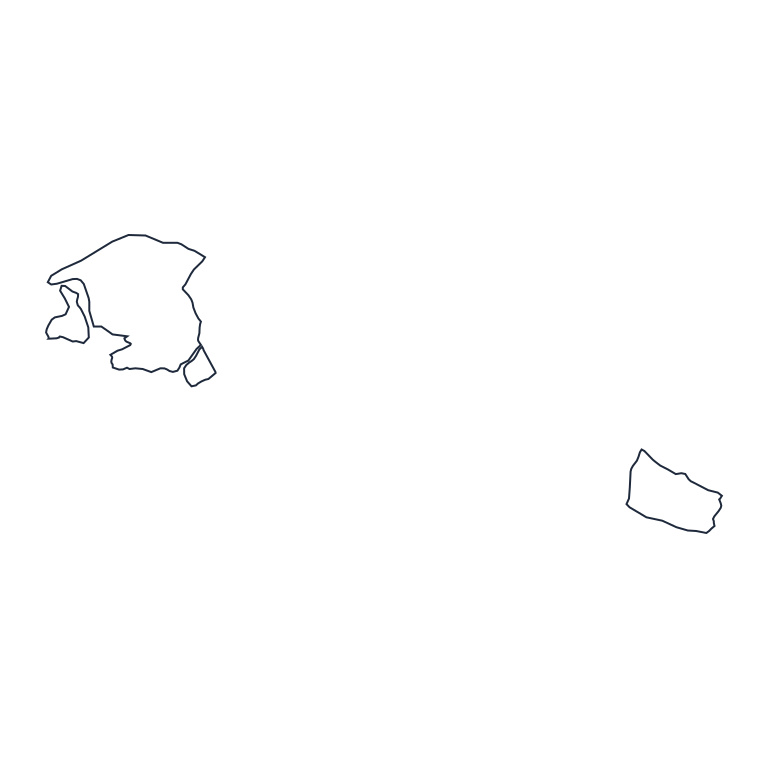 the Region of Hovedstaden
{"feature_id": "DNK-3419", "entity_name": "Hovedstaden", "entity_type": "Region", "adm_level": 1, "iso_a3": "DNK", "parent_name": "Denmark", "parent_adm1": "", "projection": "natural_earth1", "projection_center": [12.898, 55.56], "detail": "fine", "context": "isolated", "style": "outline", "palette": "slate", "viewbox_px": 768, "rotation_deg": 0, "n_neighbors": 0, "source": "natural_earth", "source_scale": "10m", "svg_char_len": 2427}
<svg xmlns="http://www.w3.org/2000/svg" viewBox="0 0 768 768"><path d="M93.8,326.5L89.3,310.9L89.3,301.7L88.6,297.9L83.8,284.0L80.7,280.3L77.0,278.9L72.6,279.1L57.0,283.7L51.2,284.5L47.8,282.2L51.2,275.8L61.8,269.3L81.2,260.6L112.3,241.6L128.5,235.0L145.5,235.5L163.0,242.8L177.5,242.8L181.4,244.3L188.5,248.9L194.5,250.8L205.0,257.2L202.3,261.3L193.9,269.5L190.9,274.0L185.4,284.4L182.8,287.4L182.8,289.3L188.4,295.2L191.2,299.3L192.5,302.6L193.4,307.6L195.6,313.3L198.4,318.5L200.9,321.6L200.1,324.2L199.6,327.7L199.4,333.2L198.2,337.8L198.0,339.5L198.2,340.8L199.0,342.1L200.9,344.9L196.6,348.9L188.4,360.5L180.7,364.4L179.4,367.6L177.4,370.7L172.9,371.9L169.5,371.0L167.1,369.5L164.5,368.4L160.4,368.3L151.3,372.1L142.7,369.0L135.4,368.3L129.5,369.0L127.0,367.7L123.0,369.4L119.1,369.6L112.8,367.5L112.6,364.4L111.7,363.2L111.3,361.9L111.5,360.0L111.8,359.0L112.1,358.2L112.2,357.5L112.1,357.0L111.9,356.5L110.4,354.8L117.5,350.7L122.1,349.3L130.2,345.1L130.8,343.9L130.3,343.3L126.4,341.6L125.7,341.0L125.2,340.4L124.8,339.7L124.4,338.3L127.2,336.3L112.5,334.4L109.2,332.0L101.3,326.5L93.9,326.5L93.8,326.5ZM721.9,495.8L721.0,497.1L720.5,498.0L720.1,498.7L719.2,499.4L720.7,503.2L721.3,505.7L720.7,507.9L718.6,511.1L714.3,516.4L713.0,519.0L713.8,521.2L713.8,522.8L714.5,526.0L711.3,528.7L709.1,531.0L706.3,533.0L696.2,531.0L687.8,530.5L676.4,527.2L662.3,520.7L646.4,517.3L629.6,507.3L626.5,504.1L629.0,498.5L629.8,487.5L630.6,471.5L631.3,468.8L632.9,465.9L636.9,460.7L638.5,456.8L639.9,452.3L641.6,449.5L644.4,451.0L652.8,459.7L655.6,462.0L660.3,465.6L668.0,469.5L675.8,474.1L681.4,473.2L685.3,474.0L688.7,479.3L690.9,481.3L693.4,482.5L708.2,490.2L717.8,492.6L721.9,495.8ZM48.6,338.7L48.8,338.5L48.4,336.7L46.5,333.3L46.1,332.4L46.7,329.3L48.3,325.6L51.7,319.7L54.8,317.4L62.0,315.9L65.6,314.3L69.0,306.9L64.8,298.4L60.1,290.7L61.6,285.8L65.2,286.0L72.4,291.5L76.2,292.9L78.1,294.1L78.0,296.7L77.2,299.6L76.8,301.7L77.7,305.0L78.5,306.2L79.4,307.0L80.9,309.0L84.7,316.6L88.3,327.4L88.8,337.5L83.6,343.1L76.2,341.1L72.7,341.5L63.0,337.2L59.8,336.5L59.4,336.8L59.1,337.5L56.6,338.3L48.9,338.7L48.6,338.7ZM203.6,350.2L215.4,371.9L215.6,373.0L208.4,379.0L205.3,379.7L201.5,381.4L198.1,383.4L195.9,385.4L191.5,386.3L187.1,381.3L184.2,374.2L184.1,368.3L186.3,365.0L189.0,362.7L191.6,361.0L193.8,359.2L196.0,355.9L199.4,349.4L202.1,346.8L203.0,348.4L203.3,349.1L203.6,350.2Z" fill="none" stroke="#1e293b" stroke-width="2"/></svg>